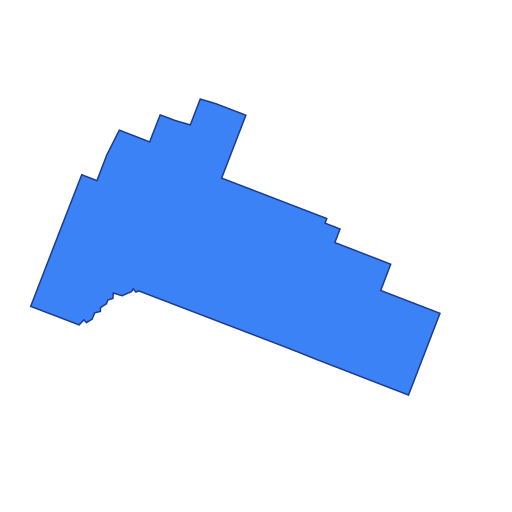 the district of Bingham, Idaho, United States of America, rotated 21°
{"feature_id": "52423323B26236891190043", "entity_name": "Bingham", "entity_type": "district", "adm_level": 2, "iso_a3": "USA", "parent_name": "United States of America", "parent_adm1": "Idaho", "projection": "robinson", "projection_center": [-112.557, 43.245], "detail": "fine", "context": "isolated", "style": "filled", "palette": "blue", "viewbox_px": 512, "rotation_deg": 21, "n_neighbors": 0, "source": "geoboundaries", "source_scale": "gbopen_adm2", "svg_char_len": 679}
<svg xmlns="http://www.w3.org/2000/svg" viewBox="0 0 512 512"><g transform="rotate(21 256 256)"><path d="M63.9,300.8L63.7,383.8L115.6,383.7L118.2,377.3L121.6,379.0L125.6,373.7L125.8,366.8L130.6,363.5L129.3,359.9L133.5,354.2L133.4,350.2L137.6,346.9L136.0,341.7L145.2,341.1L152.6,333.8L153.1,330.7L156.8,332.7L159.0,330.6L319.9,330.5L351.3,330.9L448.2,331.2L448.3,243.6L384.8,243.5L384.7,215.4L351.4,215.3L324.8,215.2L324.8,200.7L308.7,200.6L308.7,195.7L196.0,195.6L196.1,128.2L163.8,128.2L148.2,129.4L147.7,129.4L147.7,157.2L131.6,158.5L116.0,158.6L115.8,187.6L83.3,187.5L80.5,215.0L80.5,242.6L64.2,242.6L63.9,300.8Z" fill="#3b82f6" stroke="#1e3a8a" stroke-width="1.5"/></g></svg>